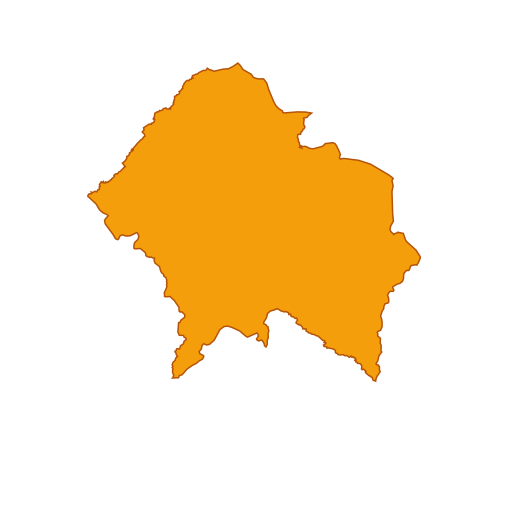 the district of Luiza, Kasaï-Occidental, Democratic Republic of the Congo, rotated 217°
{"feature_id": "63176286B81146580347594", "entity_name": "Luiza", "entity_type": "district", "adm_level": 2, "iso_a3": "COD", "parent_name": "Democratic Republic of the Congo", "parent_adm1": "Kasaï-Occidental", "projection": "albers", "projection_center": [22.518, -7.202], "detail": "fine", "context": "isolated", "style": "filled", "palette": "amber", "viewbox_px": 512, "rotation_deg": 217, "n_neighbors": 0, "source": "geoboundaries", "source_scale": "gbopen_adm2", "svg_char_len": 6149}
<svg xmlns="http://www.w3.org/2000/svg" viewBox="0 0 512 512"><g transform="rotate(217 256 256)"><path d="M249.2,108.4L244.6,112.2L245.3,114.3L243.5,116.8L243.0,124.3L240.8,130.9L239.1,134.1L238.3,137.8L236.7,141.4L237.1,144.0L237.9,144.9L242.1,144.2L243.9,145.4L243.7,149.0L245.2,152.0L245.1,154.4L241.9,155.2L240.0,157.4L238.7,163.4L240.5,175.4L239.2,180.2L236.4,183.0L232.2,184.5L224.1,186.3L214.9,185.8L213.9,186.2L209.0,195.0L208.1,195.1L205.8,193.5L205.7,190.1L204.9,189.5L202.6,189.9L201.1,192.2L199.9,192.2L196.5,190.8L195.3,189.5L193.3,189.3L193.8,192.2L196.4,195.6L196.9,197.8L197.9,199.2L199.7,201.3L200.9,204.3L202.2,205.0L203.6,206.6L205.1,206.5L206.3,207.1L209.1,206.6L210.0,207.8L210.4,212.9L212.2,217.1L211.4,220.7L208.7,224.2L208.1,225.8L207.6,225.9L206.9,227.0L203.3,227.1L199.5,228.5L198.9,229.5L196.1,230.3L194.4,229.0L193.7,230.2L193.2,230.3L192.1,229.2L191.1,229.0L189.6,229.9L187.1,229.7L186.2,230.8L184.3,229.8L184.0,226.9L183.4,226.6L181.4,226.7L180.7,227.1L180.2,226.8L178.8,227.7L175.9,227.0L174.8,226.0L173.4,226.6L172.5,228.0L171.8,227.8L170.9,226.2L168.8,226.6L168.0,226.2L165.9,227.2L164.8,227.0L161.8,228.5L160.2,228.5L158.2,229.4L151.9,228.8L150.2,229.7L149.5,228.8L149.9,227.3L148.9,228.7L147.9,228.6L147.6,227.8L148.5,225.4L147.3,224.7L145.2,225.8L144.6,225.9L143.9,225.1L142.7,226.2L138.0,228.4L135.7,228.2L134.6,226.8L133.7,226.6L132.5,227.1L131.0,226.6L128.5,228.2L127.2,229.6L124.7,229.9L123.6,231.2L120.6,231.2L120.0,233.3L119.2,232.8L118.3,232.9L117.8,234.1L116.4,233.6L115.7,234.3L114.7,234.0L114.3,232.2L113.5,233.0L112.6,231.5L111.4,232.0L110.4,231.3L108.6,232.5L106.6,232.6L104.4,230.8L103.9,229.4L102.9,229.0L102.1,230.4L98.8,230.1L98.9,229.2L97.8,228.7L93.4,228.4L92.5,229.0L91.4,228.6L90.4,229.0L87.7,227.3L85.1,228.1L86.1,229.8L86.9,232.6L87.2,238.3L89.0,239.5L90.9,242.0L91.6,241.9L92.5,242.6L94.0,241.8L95.3,242.1L95.7,245.8L97.8,250.4L97.8,255.0L99.2,255.6L102.2,259.9L104.4,261.2L107.0,265.1L110.9,265.4L111.6,266.9L113.3,268.1L113.4,268.8L111.8,271.7L112.8,275.5L115.8,279.4L117.9,281.4L120.3,282.9L122.0,287.7L122.3,290.9L123.4,292.4L124.2,295.2L123.4,296.7L122.5,297.4L122.2,298.9L124.5,302.0L127.4,303.9L127.9,307.3L127.4,308.7L125.3,310.3L125.2,310.8L125.3,311.7L128.1,313.2L128.1,314.2L126.3,318.6L124.6,320.8L123.8,323.8L124.4,326.3L127.4,330.9L127.2,334.4L126.7,335.5L125.7,335.9L125.2,337.2L126.4,340.8L126.2,341.8L123.9,344.5L122.1,345.5L122.4,348.7L123.6,353.3L124.5,354.3L131.7,357.0L143.3,358.0L145.9,358.6L152.0,362.7L157.2,360.2L157.2,359.5L158.8,357.0L158.8,356.1L163.3,356.7L165.4,358.3L166.5,361.3L167.3,366.6L172.4,372.1L186.2,389.3L188.6,394.4L192.8,398.1L193.1,400.5L198.2,400.7L219.7,398.3L231.8,394.1L244.7,386.7L247.1,384.1L248.3,384.5L249.5,386.8L249.5,387.7L252.5,389.6L258.0,392.5L260.6,393.3L262.9,392.7L268.3,387.5L268.8,383.7L275.0,375.8L278.6,374.0L280.9,373.8L283.0,373.0L284.7,371.4L286.4,371.1L285.9,369.9L284.7,369.6L286.7,368.9L287.0,370.8L288.2,371.2L289.9,372.8L291.3,373.2L292.5,374.8L294.3,375.7L295.6,378.0L295.4,378.7L293.7,380.0L294.6,382.2L294.2,383.8L294.7,385.7L294.2,386.6L294.5,388.2L295.1,388.9L296.7,389.4L298.1,391.0L299.7,394.0L300.6,394.2L300.9,395.0L298.7,397.3L298.6,400.2L297.6,403.6L303.2,400.7L309.8,395.9L319.8,387.0L321.3,386.9L322.1,387.8L326.6,387.4L330.4,388.0L334.2,389.6L346.2,396.7L351.5,400.6L356.5,402.0L361.3,398.5L365.6,397.0L369.0,398.3L378.5,397.1L383.7,398.8L386.6,399.2L388.2,394.1L390.7,388.9L394.4,385.8L400.7,378.3L404.1,377.4L404.9,376.8L407.9,376.7L407.7,374.8L408.2,373.6L409.7,372.6L411.9,368.3L412.5,365.7L413.4,365.1L414.0,363.4L415.0,362.6L415.2,361.3L413.4,360.3L414.6,359.7L413.9,358.3L415.3,357.1L415.1,355.6L416.5,355.0L417.3,352.8L417.0,351.2L417.3,350.4L416.6,349.1L416.7,347.3L415.2,345.6L415.9,344.6L415.5,343.0L416.4,341.0L415.2,340.5L415.0,339.0L415.2,338.2L416.4,337.0L416.1,336.1L417.1,334.4L415.1,331.9L415.3,330.8L414.2,329.6L414.3,328.3L413.1,327.7L413.7,323.4L412.8,321.9L414.1,321.9L414.1,320.9L415.4,319.8L417.0,320.1L417.4,319.6L418.8,317.6L418.4,316.7L419.4,314.8L420.7,314.1L420.6,312.4L421.8,311.6L422.7,309.0L421.0,306.2L420.6,303.6L419.9,303.6L419.7,304.4L419.0,304.2L418.0,301.2L419.4,299.1L418.8,298.2L420.7,297.1L423.0,290.7L421.2,289.2L421.6,286.9L421.2,286.4L419.2,286.4L416.8,284.9L417.5,282.8L417.0,281.5L417.9,279.4L418.5,274.7L418.8,267.9L419.5,266.3L419.4,265.8L418.0,267.0L417.7,266.6L419.1,262.0L418.3,261.7L418.4,258.7L419.1,257.6L418.1,256.5L417.8,254.9L417.9,252.4L418.6,249.8L414.3,248.7L414.7,248.0L414.3,247.5L414.7,247.1L415.4,241.6L416.1,240.7L416.1,238.1L417.3,237.5L417.8,236.3L418.0,234.9L417.0,234.6L417.1,233.2L417.7,231.0L417.4,230.0L418.1,229.1L417.9,228.2L418.7,226.6L418.4,226.0L420.6,224.7L420.0,224.1L421.4,222.8L422.7,223.7L423.0,221.9L424.0,222.3L424.3,221.8L424.0,218.7L422.3,217.7L422.8,216.9L421.2,215.0L422.2,213.4L421.7,211.7L422.1,211.2L423.5,210.9L424.6,208.3L426.1,207.9L425.0,207.0L425.1,206.3L426.5,205.4L426.9,204.5L426.4,202.5L414.9,201.3L408.7,198.7L404.4,198.4L399.8,199.4L398.2,199.2L398.6,195.2L398.3,193.2L395.7,190.9L382.9,187.1L378.7,185.3L376.3,185.8L376.0,186.9L376.7,190.1L375.7,192.4L372.0,193.6L368.7,196.4L365.4,202.8L364.4,203.0L361.3,201.1L360.3,198.1L361.0,193.8L360.3,191.8L358.3,188.8L357.2,188.7L352.8,192.4L346.7,192.1L345.4,191.4L344.6,190.3L343.3,189.9L340.2,190.9L339.2,192.0L336.9,192.5L335.8,193.2L334.9,191.3L332.4,189.6L326.8,189.5L323.0,186.6L321.2,185.8L318.8,185.7L317.5,184.4L315.3,184.6L312.7,183.1L312.1,181.7L310.8,180.9L310.1,179.0L309.3,178.6L308.5,177.3L307.0,171.1L305.8,170.4L305.0,168.8L303.9,168.8L300.2,171.9L294.1,171.2L286.5,168.6L284.4,165.8L282.9,165.6L281.6,166.8L277.4,166.2L276.1,164.1L277.3,159.7L276.8,157.1L277.7,156.2L272.7,148.3L269.5,146.5L266.5,148.7L265.6,148.7L264.6,147.9L262.3,148.2L261.5,147.3L262.1,144.5L261.1,142.2L262.3,138.9L261.1,136.0L261.5,135.4L262.9,134.8L263.5,134.0L262.8,132.4L263.4,131.3L263.0,130.7L261.3,130.3L260.4,129.3L258.2,128.4L258.7,127.4L258.3,124.9L257.7,124.1L258.3,121.3L257.5,118.6L255.9,117.8L255.9,116.5L254.1,115.7L254.1,114.9L252.6,112.8L250.0,111.3L249.6,109.8L249.1,109.6L249.2,108.4Z" fill="#f59e0b" stroke="#b45309" stroke-width="1.5"/></g></svg>